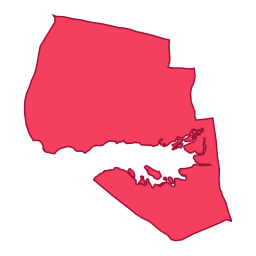 Teluk Bintuni, Papua Barat, Indonesia
{"feature_id": "22746128B11480476919105", "entity_name": "Teluk Bintuni", "entity_type": "district", "adm_level": 2, "iso_a3": "IDN", "parent_name": "Indonesia", "parent_adm1": "Papua Barat", "projection": "albers", "projection_center": [133.559, -2.087], "detail": "fine", "context": "isolated", "style": "filled", "palette": "rose", "viewbox_px": 256, "rotation_deg": 0, "n_neighbors": 0, "source": "geoboundaries", "source_scale": "gbopen_adm2", "svg_char_len": 6056}
<svg xmlns="http://www.w3.org/2000/svg" viewBox="0 0 256 256"><path d="M171.3,239.5L175.5,240.6L182.4,239.7L183.1,239.0L194.0,233.6L219.3,223.0L226.5,219.5L231.3,221.1L231.4,220.4L228.0,210.9L226.0,203.1L222.1,194.9L221.5,192.4L220.2,189.7L219.6,187.3L219.0,179.3L219.4,169.4L217.3,155.8L216.2,141.3L212.8,118.0L206.7,119.0L196.1,120.1L194.8,116.4L194.8,111.7L191.1,101.5L190.5,93.9L191.3,88.1L193.7,82.8L193.6,81.7L194.1,81.3L194.5,79.9L195.0,75.7L194.2,68.3L192.7,68.8L187.8,68.8L181.2,68.1L172.0,68.0L168.1,67.3L169.6,61.8L169.8,57.9L169.0,45.7L169.4,40.0L163.6,38.7L152.8,35.4L140.7,32.5L137.6,32.0L129.9,29.4L124.5,28.2L119.1,27.7L102.2,23.9L89.5,22.0L82.4,20.2L72.3,18.7L63.8,16.8L56.2,16.4L53.4,15.4L55.1,18.2L54.7,22.5L40.2,46.3L36.3,68.1L34.1,75.0L31.0,81.6L30.1,85.0L26.5,93.8L25.0,100.2L24.6,106.8L24.8,114.3L26.2,124.5L28.8,132.5L33.2,140.5L39.2,140.5L41.5,142.7L43.3,146.4L43.1,149.0L44.1,149.0L43.8,150.0L44.6,151.1L46.4,152.2L48.6,152.4L50.1,152.9L54.7,153.7L57.0,150.6L60.3,148.6L65.7,146.9L69.7,146.6L73.4,147.8L75.2,150.2L76.9,151.2L81.7,151.2L83.3,151.7L84.0,152.6L85.0,153.0L86.5,152.2L87.8,150.9L89.3,150.2L91.6,147.3L93.6,146.2L97.1,145.4L100.8,145.7L101.1,145.3L103.5,144.8L104.3,143.8L108.0,141.5L110.7,141.0L116.1,141.6L115.9,142.4L116.9,143.5L119.3,142.1L121.8,141.8L123.6,140.8L124.9,142.6L127.1,143.5L132.9,143.0L134.3,142.7L134.8,142.2L136.9,142.8L139.1,142.6L141.3,144.9L145.9,145.0L147.2,145.4L148.4,145.1L150.3,145.4L151.7,145.1L152.7,146.1L153.5,146.3L156.9,145.2L158.5,144.2L159.2,143.1L159.0,141.9L159.5,140.6L160.9,139.0L161.8,138.8L162.4,139.5L162.4,139.9L161.3,139.8L160.3,141.0L160.2,143.1L160.7,144.4L161.6,145.0L163.3,143.7L164.6,143.7L166.4,145.7L168.7,144.3L169.6,143.1L170.3,142.9L171.5,141.5L175.0,141.5L176.6,138.4L177.9,137.4L178.0,137.2L177.5,137.0L177.7,136.4L179.3,137.4L181.0,137.9L182.9,137.8L184.1,137.1L185.1,135.8L189.4,134.5L190.3,133.9L191.6,130.9L192.3,129.7L193.1,129.2L193.8,129.0L195.1,129.4L196.8,130.7L199.1,129.7L200.6,130.0L202.3,128.3L203.0,128.6L203.4,129.9L203.1,130.9L200.1,133.9L200.0,134.8L197.8,134.9L196.9,135.4L196.3,138.0L195.8,138.3L195.4,139.8L193.9,142.0L188.2,144.0L187.7,144.5L184.3,145.8L183.6,146.5L184.9,149.6L189.6,152.9L190.6,153.0L192.8,152.4L193.5,151.5L194.7,151.2L195.9,152.1L196.7,153.4L202.4,154.0L202.9,153.2L203.2,151.2L202.7,150.8L203.8,149.5L204.2,147.9L203.9,146.2L202.7,146.4L203.8,145.6L203.3,144.4L204.0,142.9L203.7,142.4L204.5,139.2L204.2,138.2L205.0,138.2L204.6,141.3L204.7,143.9L206.1,146.3L205.5,147.3L205.7,148.0L204.9,151.5L204.0,153.9L202.7,154.7L195.1,155.4L193.7,156.4L193.5,157.9L194.9,159.9L195.4,161.7L197.0,162.1L197.0,162.7L197.8,163.2L202.3,164.3L208.8,164.2L210.1,164.6L210.5,165.2L207.9,165.0L206.0,165.7L204.6,165.4L201.6,165.7L198.6,164.9L197.2,165.0L196.5,164.5L195.5,164.3L193.4,165.0L192.3,166.5L190.6,167.5L185.7,168.5L180.8,168.7L180.2,169.2L179.5,169.3L179.0,169.9L179.0,171.6L180.3,171.1L179.1,172.0L179.5,172.8L181.3,175.1L181.7,175.3L182.8,174.4L182.0,175.3L182.7,175.9L183.4,176.0L183.8,175.6L184.2,176.1L184.7,176.0L185.1,175.4L185.7,175.9L186.1,176.5L185.8,177.1L186.4,178.3L186.3,179.5L185.7,180.2L185.2,180.3L180.8,179.6L178.4,178.5L174.8,178.5L174.4,179.8L174.9,182.3L174.5,183.6L175.0,185.4L174.2,186.4L172.0,186.2L170.2,184.2L169.2,183.7L168.6,182.8L167.2,182.4L165.4,182.8L160.3,186.5L159.3,186.2L158.5,184.6L157.4,185.2L155.3,184.2L154.0,185.8L153.2,187.7L152.3,187.9L150.0,183.5L149.1,183.1L149.1,182.2L148.5,182.2L149.0,181.4L148.4,179.7L147.6,179.9L147.7,179.0L146.9,179.3L146.0,180.3L146.2,182.4L146.7,184.5L145.7,185.2L144.7,185.5L141.5,183.8L139.4,183.7L141.4,183.4L143.7,184.8L144.6,184.8L144.8,182.5L143.3,178.6L141.2,179.0L140.8,180.3L138.8,182.6L139.0,183.9L138.5,184.2L135.9,184.0L136.1,180.9L135.6,179.9L132.6,177.2L131.0,176.3L127.8,172.3L124.2,170.3L119.6,169.0L118.5,168.1L116.0,167.6L115.1,167.7L114.3,168.9L112.6,169.9L109.8,169.9L107.7,170.6L104.6,170.7L101.8,173.4L100.4,173.5L98.1,175.5L95.3,177.2L93.7,179.8L112.7,195.7L133.7,212.0L135.4,213.7L142.1,217.9L149.6,221.6L161.3,231.3L167.2,234.7L171.3,239.5ZM148.7,166.9L147.4,165.8L147.6,166.2L147.4,166.3L146.5,165.8L145.6,165.9L144.5,167.3L146.5,169.9L147.1,170.2L148.0,169.9L147.3,171.4L148.9,174.3L149.4,174.5L149.5,173.9L150.4,175.1L151.6,175.2L153.3,176.3L154.3,178.0L157.4,179.4L158.5,179.0L160.5,176.8L161.0,176.8L161.0,175.5L158.9,171.4L157.8,171.7L155.9,171.2L154.4,170.0L153.4,170.3L152.0,168.8L148.7,166.9ZM187.4,141.6L192.5,140.7L193.0,139.6L192.2,137.9L192.2,136.9L194.6,136.2L194.9,135.7L191.8,135.1L190.8,135.2L189.4,136.1L185.4,139.3L184.9,140.1L184.9,141.2L187.4,141.6ZM181.2,139.6L178.0,138.9L177.7,139.5L177.4,141.6L176.8,142.5L175.0,143.9L172.6,144.5L172.3,144.7L172.2,145.6L173.9,146.7L174.5,146.8L179.7,142.8L181.3,142.5L183.5,139.4L181.2,139.6ZM130.1,168.8L129.1,169.1L128.7,169.7L128.0,170.9L128.2,171.5L130.4,173.6L130.7,175.1L134.5,177.8L134.7,175.3L133.5,171.7L130.1,168.8ZM181.6,147.2L182.7,144.3L182.7,143.9L181.5,143.5L177.8,145.4L174.2,148.0L172.8,148.4L172.3,149.4L172.5,149.8L173.2,149.7L176.2,148.5L178.0,147.4L179.5,147.3L180.9,147.9L181.6,147.2ZM172.8,183.5L173.3,182.9L173.3,181.8L171.8,178.2L170.4,177.2L168.8,177.3L168.2,177.9L168.1,179.4L168.6,180.4L171.5,183.4L172.8,183.5ZM195.8,134.6L196.6,133.7L196.6,131.2L193.4,129.7L192.7,130.6L192.4,133.3L195.8,134.6ZM197.4,133.7L200.0,133.4L201.6,131.8L201.5,131.3L200.0,130.5L197.3,131.1L197.0,132.4L197.4,133.7ZM165.7,177.4L164.1,177.4L163.5,178.9L166.5,181.2L166.6,180.1L166.1,178.0L165.7,177.4ZM163.9,183.5L164.1,182.7L162.3,182.8L160.0,184.8L159.8,186.0L160.4,186.0L161.5,185.1L161.7,184.1L162.2,183.6L162.0,184.7L162.8,184.2L162.8,183.6L163.9,183.5ZM142.3,176.4L141.4,176.0L140.7,176.9L141.5,178.5L143.5,177.7L143.4,176.7L142.4,176.8L142.3,176.4ZM165.8,145.9L164.0,144.2L163.5,144.5L163.0,145.7L163.5,146.4L165.8,145.9ZM195.1,136.9L192.9,137.0L192.4,137.3L192.5,137.7L193.4,138.5L193.6,139.2L194.8,137.8L195.1,136.9ZM202.3,131.3L202.6,130.5L202.4,128.9L201.4,129.9L202.0,130.6L201.8,131.3L202.3,131.3Z" fill="#f43f5e" stroke="#9f1239" stroke-width="1.5"/></svg>